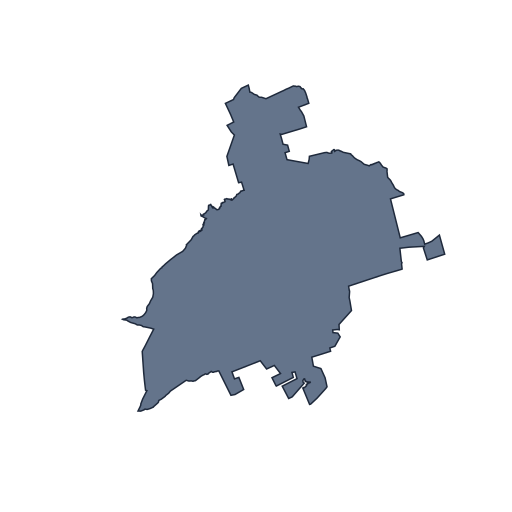 the district of Villa Victoria, México, Mexico, rotated 64°
{"feature_id": "50627088B15361749852756", "entity_name": "Villa Victoria", "entity_type": "district", "adm_level": 2, "iso_a3": "MEX", "parent_name": "Mexico", "parent_adm1": "México", "projection": "natural_earth1", "projection_center": [-99.997, 19.432], "detail": "fine", "context": "isolated", "style": "filled", "palette": "slate", "viewbox_px": 512, "rotation_deg": 64, "n_neighbors": 0, "source": "geoboundaries", "source_scale": "gbopen_adm2", "svg_char_len": 6155}
<svg xmlns="http://www.w3.org/2000/svg" viewBox="0 0 512 512"><g transform="rotate(64 256 256)"><path d="M331.8,130.4L326.8,128.6L326.1,127.7L324.7,127.8L312.1,123.3L315.2,114.5L321.1,100.5L322.1,102.0L334.6,103.8L337.1,85.6L317.6,82.0L319.8,91.5L319.7,95.5L319.3,99.2L315.8,98.5L313.7,98.4L310.8,98.7L306.0,100.0L302.9,118.4L263.6,110.1L265.8,96.3L265.1,95.9L263.5,96.4L260.9,98.8L259.5,99.4L258.2,100.4L256.7,101.2L255.6,101.5L253.7,101.6L252.9,101.5L249.0,101.9L248.4,101.8L246.6,102.0L243.1,103.2L237.1,101.1L236.3,100.5L235.0,100.0L234.0,100.6L231.8,102.8L229.2,103.4L227.3,103.6L225.8,104.0L225.2,104.4L225.3,104.8L225.0,106.1L225.0,107.4L224.9,107.6L225.0,108.3L224.8,108.5L224.8,108.8L224.9,109.7L224.6,110.2L224.9,110.9L224.6,111.4L224.7,111.6L224.5,112.1L224.6,112.3L224.2,112.7L224.6,114.7L223.4,115.9L221.0,118.6L217.3,120.2L215.8,121.2L213.8,122.9L211.0,124.5L209.8,124.9L208.3,125.3L206.3,126.2L205.7,126.1L201.0,132.2L199.2,133.5L199.1,133.8L198.7,133.9L198.4,134.4L197.7,134.8L197.1,135.3L196.3,136.9L196.2,137.9L196.3,138.3L196.4,139.3L195.4,138.9L194.7,139.0L194.4,139.7L194.9,140.8L194.9,141.3L195.1,142.4L196.6,142.6L196.6,143.1L195.7,145.3L195.2,145.7L194.7,146.3L194.0,146.8L193.2,148.9L189.8,164.3L192.5,165.9L195.7,168.6L183.0,185.9L175.9,184.6L176.5,180.2L170.2,179.0L167.4,182.7L161.4,181.5L157.0,180.8L158.0,179.5L161.1,160.5L162.0,153.9L151.1,151.6L145.7,151.9L144.9,152.2L140.9,152.6L141.9,141.6L137.4,140.8L136.1,140.8L135.7,140.5L131.3,139.9L128.4,139.8L126.4,140.3L126.3,140.8L125.4,141.8L125.0,141.6L124.3,142.0L123.2,142.1L122.9,142.3L122.0,143.4L121.5,145.3L120.4,146.4L120.2,147.1L119.7,147.5L119.5,148.3L119.5,153.0L119.3,155.8L119.4,158.7L119.3,160.9L119.0,178.1L115.8,181.4L115.0,183.0L114.5,183.6L112.5,184.5L111.9,184.6L110.0,186.7L107.3,188.2L106.2,189.2L106.0,189.7L102.5,188.7L99.0,188.0L98.9,195.7L104.1,206.1L105.5,207.6L105.4,216.6L117.8,216.8L125.8,217.3L125.9,224.7L133.7,223.8L137.8,222.4L153.7,238.5L162.7,240.7L163.3,236.3L182.5,239.5L183.3,236.6L191.7,237.9L191.4,238.6L191.5,239.0L191.2,240.0L191.4,240.3L191.3,240.9L191.1,241.1L191.0,241.4L192.0,242.6L192.2,244.1L192.5,245.0L192.3,245.9L192.3,246.3L193.2,247.2L193.7,248.1L194.2,250.5L194.5,250.6L195.3,253.1L195.0,253.6L194.3,253.0L193.9,253.0L193.8,253.5L194.0,253.8L194.0,254.3L193.7,254.7L192.9,255.3L192.8,255.6L192.8,255.9L192.6,256.3L191.6,257.1L191.6,257.9L191.3,258.8L191.2,259.4L191.4,259.7L192.1,259.6L192.6,259.8L193.3,259.8L193.6,260.0L193.6,261.9L193.3,262.3L193.3,262.7L193.3,262.8L193.7,263.0L193.7,263.5L193.4,263.9L193.4,264.1L193.9,264.5L195.7,265.4L195.7,265.7L196.0,265.8L196.0,266.6L196.5,267.0L196.7,267.7L197.4,267.9L197.5,268.9L197.7,269.1L197.4,270.7L196.9,271.2L195.6,271.5L194.4,272.6L193.7,273.9L193.3,273.9L193.2,273.7L193.8,273.0L193.8,272.5L193.4,272.6L192.9,273.1L192.6,273.2L192.3,273.5L192.2,274.0L189.8,274.1L189.7,274.4L190.0,275.0L189.7,276.3L190.1,276.7L193.4,278.5L193.9,279.2L194.1,280.6L194.8,281.5L194.8,281.8L195.2,282.3L195.4,284.9L196.2,285.1L195.3,287.4L194.9,287.5L195.9,287.8L197.3,286.6L199.9,285.0L200.5,284.2L200.9,284.9L201.1,285.7L201.0,286.2L201.5,286.5L202.5,287.5L203.0,287.7L203.0,288.2L203.2,288.3L203.6,288.1L203.7,288.6L204.3,289.5L204.6,289.0L205.3,289.3L205.5,290.2L206.4,290.7L207.1,291.4L207.1,291.8L207.7,292.5L207.5,292.8L207.6,293.1L208.1,293.4L208.4,293.2L209.0,293.2L209.2,294.4L209.5,295.0L209.2,295.2L208.6,295.1L208.6,295.7L208.9,295.7L208.8,296.0L209.2,296.0L209.2,296.4L209.0,296.8L209.5,297.1L209.4,297.5L209.6,297.5L209.8,298.0L210.0,298.1L209.8,298.6L209.8,299.4L210.1,301.7L210.7,303.2L210.8,304.0L213.0,307.1L215.4,313.7L216.0,313.7L218.1,316.1L219.7,319.9L220.2,326.9L221.8,334.4L223.4,340.8L224.3,343.5L224.6,345.1L225.3,345.8L225.3,347.1L227.4,352.5L229.1,355.7L230.5,360.0L232.5,360.9L235.5,361.1L240.0,363.1L241.5,363.3L243.1,363.9L245.0,364.8L246.9,366.2L247.8,366.9L250.2,370.5L252.1,372.7L253.7,375.9L255.1,377.2L256.8,377.9L257.4,378.5L258.6,380.1L259.7,382.4L260.3,384.5L260.2,387.4L259.6,388.9L259.3,390.2L257.9,391.3L257.5,391.9L257.2,392.9L257.3,393.6L257.2,394.1L256.9,394.8L256.4,395.2L255.9,395.3L255.4,396.1L255.0,397.6L255.2,399.0L255.1,401.1L254.9,401.9L254.3,403.4L254.3,403.7L255.2,403.0L257.0,400.3L258.2,399.7L260.8,397.8L264.2,394.0L265.1,393.6L266.1,392.7L266.3,392.2L267.0,390.9L268.4,389.2L269.4,388.9L270.2,388.2L270.9,387.1L274.7,382.2L276.9,380.0L282.4,387.4L288.1,394.9L291.4,399.5L291.8,399.9L291.9,400.1L311.4,408.0L319.1,410.9L328.2,414.1L329.2,413.1L334.9,420.6L338.5,424.4L339.5,424.9L340.8,426.4L343.6,430.0L344.9,427.6L345.2,423.9L344.9,423.5L345.0,422.9L345.2,422.5L345.3,422.4L346.2,421.1L346.7,418.0L346.8,414.5L346.6,414.4L345.0,408.6L344.4,407.5L343.5,407.0L343.2,406.5L343.2,404.0L342.3,399.2L341.8,398.3L341.0,394.6L339.9,392.2L337.1,373.2L339.0,371.1L339.9,368.9L341.0,367.5L341.0,366.9L341.5,365.1L340.3,359.3L340.1,359.1L339.8,356.2L339.9,354.4L339.7,353.3L339.9,352.9L340.8,352.1L340.9,351.7L341.0,350.5L340.7,350.3L340.1,346.8L341.3,346.2L341.9,345.1L341.8,344.1L342.1,343.6L342.1,343.0L342.6,342.0L342.4,341.3L343.0,339.8L370.2,339.6L371.3,335.6L370.6,325.6L357.6,324.6L357.0,329.2L349.6,328.4L352.0,298.1L362.2,296.0L362.4,287.5L372.4,285.5L372.4,295.0L381.4,294.9L381.5,294.6L381.8,294.6L381.5,275.7L376.4,274.7L377.3,271.7L384.2,272.9L384.5,289.5L398.4,289.1L398.5,285.4L398.4,285.0L391.4,268.4L390.1,269.0L388.5,268.5L387.5,266.8L387.7,266.2L388.7,266.6L389.3,266.2L390.0,266.7L390.5,266.5L390.5,266.2L390.7,265.9L391.1,265.8L392.9,263.1L393.2,262.9L393.1,262.7L393.4,262.7L393.5,263.2L393.4,263.3L393.3,264.2L393.1,265.1L393.3,265.0L393.7,265.9L393.5,266.5L393.6,266.9L393.9,267.4L394.4,267.2L394.9,267.9L395.1,268.3L395.1,268.9L395.5,270.0L395.3,270.3L395.5,270.8L395.1,271.0L395.2,271.8L412.9,272.9L413.1,271.8L410.6,263.6L405.7,251.4L404.7,249.5L395.8,247.3L385.7,247.0L380.2,252.7L371.4,250.2L374.3,230.7L371.0,230.0L371.7,224.7L365.6,215.8L361.2,216.3L358.6,220.4L356.1,219.5L357.7,215.1L358.8,213.5L353.9,211.4L346.9,194.1L337.8,191.4L334.2,190.5L329.1,187.5L327.8,187.1L327.7,187.2L323.7,186.0L328.3,151.9L329.3,145.3L331.7,131.5L331.8,130.4Z" fill="#64748b" stroke="#1e293b" stroke-width="1.5"/></g></svg>